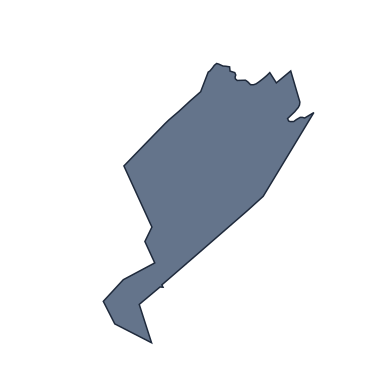 outline of Lajes, Rio Grande do Norte, Brazil, rotated 207°
{"feature_id": "56859067B6017308644468", "entity_name": "Lajes", "entity_type": "district", "adm_level": 2, "iso_a3": "BRA", "parent_name": "Brazil", "parent_adm1": "Rio Grande do Norte", "projection": "albers", "projection_center": [-36.184, -5.667], "detail": "fine", "context": "isolated", "style": "filled", "palette": "slate", "viewbox_px": 384, "rotation_deg": 207, "n_neighbors": 0, "source": "geoboundaries", "source_scale": "gbopen_adm2", "svg_char_len": 1002}
<svg xmlns="http://www.w3.org/2000/svg" viewBox="0 0 384 384"><g transform="rotate(207 192 192)"><path d="M126.6,220.5L119.5,318.1L125.2,309.1L127.6,308.6L129.5,307.6L131.9,303.9L133.3,301.0L136.3,299.4L138.1,299.1L140.2,300.8L138.3,306.2L136.9,310.2L136.3,313.0L135.7,315.5L135.7,318.3L136.7,321.1L159.0,344.7L166.4,327.5L176.9,333.7L178.2,329.8L179.4,326.9L180.5,324.4L182.5,320.2L184.1,317.3L185.9,315.5L188.5,314.2L192.4,315.5L195.1,315.9L202.4,311.9L204.7,312.5L205.8,314.0L206.1,316.1L208.1,317.8L213.0,317.0L215.3,320.6L219.0,319.4L221.5,318.3L226.3,318.1L228.4,317.7L229.6,315.0L230.1,311.7L231.0,307.9L232.0,306.2L229.8,285.3L235.0,272.3L240.3,257.9L245.3,245.8L247.1,240.6L251.9,225.2L264.5,184.3L231.7,158.3L215.3,145.3L211.8,142.6L211.5,126.5L193.0,111.9L213.4,82.7L221.4,54.3L215.2,49.8L200.9,39.4L159.6,39.3L188.0,67.9L177.4,92.8L174.6,94.0L176.7,95.6L174.3,101.5L163.9,127.1L155.3,148.3L134.2,200.5L130.4,210.5L126.6,220.5Z" fill="#64748b" stroke="#1e293b" stroke-width="1.5"/></g></svg>